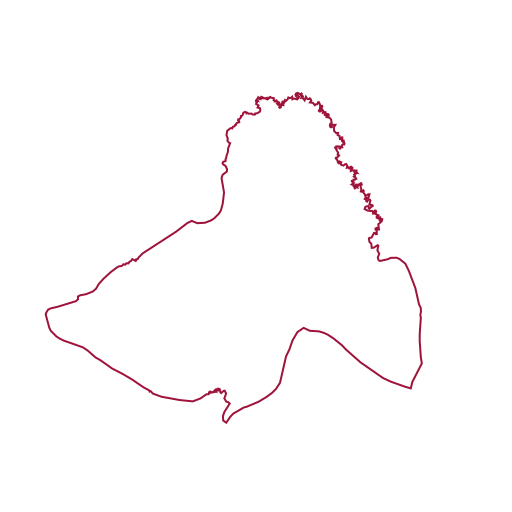 Tha Bo, Nong Khai, Thailand, rotated 105°
{"feature_id": "78962969B97829088345215", "entity_name": "Tha Bo", "entity_type": "district", "adm_level": 2, "iso_a3": "THA", "parent_name": "Thailand", "parent_adm1": "Nong Khai", "projection": "orthographic", "projection_center": [102.483, 17.794], "detail": "fine", "context": "isolated", "style": "outline", "palette": "rose", "viewbox_px": 512, "rotation_deg": 105, "n_neighbors": 0, "source": "geoboundaries", "source_scale": "gbopen_adm2", "svg_char_len": 6085}
<svg xmlns="http://www.w3.org/2000/svg" viewBox="0 0 512 512"><g transform="rotate(105 256 256)"><path d="M341.2,417.5L343.8,416.7L346.2,418.2L356.1,434.0L359.9,441.0L361.6,442.9L365.2,444.0L366.9,444.0L378.8,437.1L381.4,434.8L385.3,428.1L386.5,424.6L387.5,419.7L389.0,399.8L390.8,394.3L395.5,384.8L397.0,379.1L401.9,365.9L404.6,353.6L407.5,343.3L411.9,330.9L413.4,324.5L414.5,323.7L413.8,322.8L415.6,319.9L416.4,311.0L414.9,292.5L412.8,279.5L407.9,272.7L402.5,268.2L401.7,265.9L399.8,266.1L398.9,265.4L399.8,264.3L398.7,263.4L399.0,262.4L398.4,262.1L397.5,259.2L396.5,260.1L396.6,261.1L395.4,260.5L394.9,259.7L395.6,258.7L394.9,258.5L395.2,257.9L393.9,258.0L394.1,256.4L396.7,255.3L397.4,254.2L394.5,252.2L394.2,251.4L396.6,249.3L401.8,249.7L404.4,247.0L404.4,244.9L405.3,243.2L415.0,246.2L419.2,246.5L423.4,245.1L424.7,241.6L418.1,239.3L414.3,237.3L405.5,228.6L404.1,226.1L396.2,215.9L389.6,209.5L384.4,205.3L379.3,202.3L372.3,200.0L345.2,201.0L337.2,199.5L328.2,198.9L318.8,196.3L313.1,191.4L314.3,184.5L312.5,175.7L312.7,170.3L313.4,166.4L315.5,160.0L319.9,150.0L323.1,144.8L331.7,127.5L341.0,101.7L342.5,93.1L343.7,78.1L343.8,72.2L337.2,72.4L316.8,68.0L311.1,70.6L296.0,75.8L289.3,77.6L273.0,80.8L270.4,82.0L266.9,82.3L263.5,83.4L260.4,86.1L245.7,93.8L230.7,104.6L224.7,109.8L221.7,116.7L221.3,119.8L223.0,125.6L224.9,127.7L228.7,134.9L228.3,136.5L225.9,138.0L222.0,137.5L219.1,140.2L214.3,140.6L214.1,141.4L217.4,144.3L218.2,146.3L214.2,147.9L213.0,150.1L209.9,151.5L209.3,151.3L208.2,149.1L203.1,148.0L202.9,147.2L203.9,145.9L203.6,145.0L200.2,146.0L199.6,147.3L198.5,147.7L197.5,146.5L198.8,144.8L198.6,144.1L193.7,146.1L189.9,143.5L187.7,143.6L187.6,144.7L189.5,145.7L188.9,146.3L186.5,146.3L186.8,147.3L188.0,148.2L187.8,149.4L186.7,149.6L185.0,148.4L184.5,151.5L181.7,151.5L181.1,152.2L181.4,152.9L184.3,153.0L184.8,153.8L182.4,155.0L183.3,159.6L182.6,163.2L180.2,163.1L179.1,161.5L179.2,160.0L179.6,159.5L180.8,159.3L180.9,158.6L178.2,157.1L177.7,156.3L177.0,156.4L176.7,157.2L177.1,159.8L172.9,159.8L172.2,160.5L172.3,162.1L174.7,162.7L174.7,163.5L172.9,164.3L172.7,165.7L172.1,165.5L171.0,163.9L171.4,162.5L167.0,162.4L167.3,163.5L169.8,165.9L168.4,166.7L166.6,169.2L165.4,168.7L164.8,169.3L166.6,170.9L166.6,171.5L164.6,171.4L160.5,173.6L159.7,172.3L158.5,173.1L158.7,173.9L160.5,174.6L160.4,175.6L162.0,175.7L161.4,176.9L162.9,177.2L163.7,176.2L163.8,177.5L165.1,178.0L164.8,178.4L162.0,178.7L163.2,179.8L162.2,180.5L162.1,182.0L160.1,180.4L159.2,182.6L158.7,182.8L158.3,181.3L157.0,181.6L156.7,180.3L155.5,179.1L154.6,180.1L154.0,181.9L153.1,181.1L152.0,182.2L151.1,181.2L149.9,182.3L149.6,179.8L149.0,180.7L147.5,181.0L148.2,184.9L149.3,186.4L147.9,186.6L146.0,185.6L145.1,187.1L145.4,187.8L147.0,188.0L147.4,188.6L146.4,189.7L147.3,191.1L145.2,191.2L143.8,192.7L144.3,193.7L146.0,194.9L145.9,197.2L145.1,198.1L143.4,197.9L143.1,199.7L144.8,199.5L145.1,200.1L144.3,201.1L142.4,202.2L141.0,204.3L140.3,204.2L139.8,203.0L137.3,201.8L137.0,203.4L135.0,203.4L130.7,207.7L130.4,207.4L130.8,206.2L129.3,206.7L128.6,204.1L128.9,203.5L130.3,203.4L130.6,202.7L129.3,202.2L128.7,200.9L127.6,201.9L125.8,201.2L125.5,199.7L124.8,199.5L121.7,201.3L121.8,201.8L123.1,201.9L122.7,202.7L119.1,203.3L119.1,203.7L121.3,204.6L121.4,205.2L118.4,206.4L118.0,208.5L115.9,208.6L116.5,210.3L115.0,212.9L111.7,214.1L108.8,213.3L109.6,216.3L111.9,216.2L112.3,216.8L112.0,217.7L111.0,218.4L109.1,218.5L107.9,217.3L104.7,218.8L103.4,220.8L103.6,223.8L102.9,223.8L102.8,222.5L101.2,222.1L100.3,222.8L100.4,223.7L102.2,224.3L102.0,226.1L101.5,226.3L100.3,225.5L99.1,226.0L99.0,226.5L100.4,228.4L98.5,228.6L97.1,230.2L97.2,230.7L98.4,230.4L99.7,231.0L100.0,231.8L99.5,232.9L97.6,232.3L95.9,232.6L95.3,231.9L95.3,230.9L94.5,230.6L93.8,231.2L94.6,232.8L92.8,233.6L91.1,235.1L91.3,235.8L93.5,236.1L94.2,237.8L95.1,238.2L93.4,240.6L93.7,243.6L91.7,242.8L89.9,244.2L89.8,245.0L90.7,245.4L91.1,246.5L90.7,247.6L89.3,249.0L93.1,249.3L90.9,252.3L91.5,253.2L90.4,253.1L90.4,252.1L89.9,251.9L89.3,252.5L89.2,254.0L87.6,253.7L87.3,254.1L88.1,254.6L88.3,255.9L87.7,257.0L87.8,258.4L88.8,259.4L89.8,259.7L90.9,259.0L89.8,257.7L91.0,255.6L92.4,255.9L92.4,257.1L93.4,256.4L94.1,256.8L94.0,260.0L95.2,261.4L92.9,262.3L94.0,263.0L94.8,264.2L94.5,265.8L96.7,266.1L98.5,267.3L97.8,268.4L99.9,269.0L100.1,270.4L101.3,270.3L101.7,269.6L100.9,269.5L100.7,268.6L102.2,269.0L103.2,268.6L103.3,269.7L102.4,270.0L102.5,271.0L105.8,270.5L106.7,271.3L106.3,272.1L104.7,271.6L104.0,271.9L104.3,273.7L103.3,275.2L102.4,274.6L102.2,273.4L101.7,273.5L101.3,275.7L100.6,276.3L101.6,276.9L101.9,277.9L100.8,278.2L100.9,279.3L98.9,279.7L99.2,282.5L98.6,283.3L99.3,284.2L100.2,284.2L100.5,285.4L101.5,285.1L101.8,285.5L101.7,286.5L100.6,286.8L101.5,288.1L101.0,291.2L101.9,290.7L102.0,292.3L103.4,292.1L103.4,292.8L102.0,293.0L102.6,293.6L102.2,294.7L103.1,294.5L103.2,295.2L104.4,295.6L105.3,294.7L105.1,296.0L105.5,296.2L106.3,296.1L106.0,295.4L106.8,295.5L107.1,294.8L109.1,295.3L109.9,292.5L112.2,292.9L112.2,290.5L113.7,289.6L115.5,289.6L117.7,291.6L118.6,293.7L119.5,293.6L119.8,294.0L120.2,295.7L119.6,297.2L120.5,300.1L119.9,301.5L120.6,302.1L119.8,302.5L119.6,304.0L121.1,305.3L123.9,305.5L124.7,306.8L126.0,306.4L127.3,307.0L128.5,307.8L128.6,308.5L129.6,308.4L130.1,307.2L131.1,306.8L132.4,308.9L133.7,309.5L134.4,309.2L135.1,310.2L136.3,310.3L137.1,311.7L138.9,312.0L138.8,313.1L139.4,313.9L142.5,316.2L146.8,315.8L150.2,313.5L152.0,313.5L153.5,311.6L153.7,310.2L159.6,310.8L162.4,310.1L167.6,310.4L169.4,310.1L170.3,310.5L172.3,310.0L173.4,312.0L174.9,312.4L176.0,311.5L176.8,308.8L179.6,306.4L182.0,306.0L186.1,309.2L189.5,309.5L203.0,303.3L213.9,301.7L221.1,301.7L224.7,302.8L230.6,306.2L233.3,308.7L237.1,313.9L239.5,321.2L238.7,327.1L242.0,330.9L253.1,339.4L283.0,366.3L288.0,369.1L289.3,369.3L290.4,371.0L291.1,370.6L291.9,370.9L291.0,374.7L293.3,375.5L294.3,376.8L296.2,377.3L296.5,379.3L298.2,380.0L298.3,382.0L299.5,382.4L300.6,383.5L301.5,385.8L303.1,387.4L309.1,392.1L317.4,397.4L323.7,400.6L329.1,402.1L332.6,404.5L336.9,410.3L339.5,415.7L341.2,417.5Z" fill="none" stroke="#9f1239" stroke-width="2"/></g></svg>